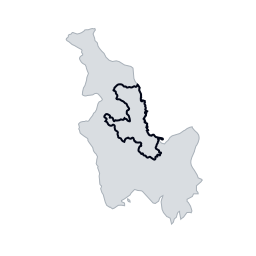 Hamgyŏng-namdo on a map of North Korea (orthographic projection), rotated 291°
{"feature_id": "PRK-3311", "entity_name": "Hamgyŏng-namdo", "entity_type": "Province", "adm_level": 1, "iso_a3": "PRK", "parent_name": "North Korea", "parent_adm1": "", "projection": "orthographic", "projection_center": [127.614, 40.189], "detail": "fine", "context": "in_parent", "style": "outline", "palette": "ink", "viewbox_px": 256, "rotation_deg": 291, "n_neighbors": 0, "source": "natural_earth", "source_scale": "10m", "svg_char_len": 8791}
<svg xmlns="http://www.w3.org/2000/svg" viewBox="0 0 256 256"><g transform="rotate(291 128 128)"><path d="M152.1,187.5L151.2,188.1L149.6,190.9L148.1,194.6L146.7,196.5L145.0,197.6L143.2,198.3L139.7,198.6L136.5,198.3L135.4,197.9L131.0,198.2L129.8,198.4L123.4,198.1L120.1,198.4L118.0,199.1L115.8,200.5L113.9,202.7L112.3,205.1L108.9,209.4L106.6,211.4L106.5,214.5L106.5,215.4L105.6,216.0L105.4,215.7L104.0,215.5L98.6,212.6L94.1,214.3L92.9,216.4L91.7,217.1L90.0,212.8L87.1,212.6L82.6,208.7L80.6,209.5L80.1,211.0L77.4,214.4L73.8,217.2L72.7,217.5L71.4,217.3L71.6,216.5L70.2,213.3L64.7,211.8L62.7,210.4L61.7,210.0L67.2,206.6L68.7,206.0L67.6,205.1L66.5,204.7L62.0,205.1L59.7,203.8L56.3,204.1L53.9,203.1L58.9,199.7L59.2,197.6L59.2,196.0L61.8,191.4L64.4,188.9L70.9,185.4L73.7,185.0L75.7,185.1L77.4,184.8L75.7,183.4L74.0,182.7L70.7,182.8L67.3,180.5L67.0,178.3L74.0,164.3L74.2,163.0L73.2,159.6L73.0,156.2L68.3,154.2L66.2,153.9L60.3,149.9L57.9,147.9L56.9,148.5L56.7,151.5L55.8,152.1L54.2,152.7L53.5,149.2L52.3,146.6L48.3,143.9L47.0,142.5L47.8,139.5L47.4,139.2L48.2,135.8L50.7,133.3L56.9,128.8L58.5,126.7L61.6,124.2L63.0,124.3L64.4,124.1L64.8,123.0L65.2,122.1L66.4,121.4L69.4,120.0L72.7,118.3L75.4,117.8L78.7,115.1L80.0,113.9L81.3,113.9L81.7,113.3L82.5,111.9L83.5,111.0L85.0,110.8L87.3,110.2L90.3,109.8L92.3,107.5L93.0,105.8L94.3,104.0L97.2,102.0L99.1,99.1L101.3,95.8L102.3,94.8L103.3,94.6L103.9,93.4L104.6,90.0L105.6,86.6L106.2,85.1L108.7,83.4L109.3,82.5L109.9,82.3L111.0,82.5L112.5,81.5L113.9,80.4L115.2,80.8L116.6,81.7L117.9,83.6L118.5,85.1L119.6,86.3L119.8,88.1L120.9,88.9L123.2,89.3L127.0,90.5L129.5,90.6L130.9,91.5L133.8,92.0L139.7,91.3L142.1,91.7L143.1,92.8L144.6,93.7L145.6,93.8L146.8,92.2L148.2,89.7L149.1,87.8L149.1,86.3L148.3,84.7L146.3,83.2L145.0,80.8L143.8,78.4L143.1,77.6L142.5,76.4L142.4,74.6L142.8,73.4L145.7,72.6L149.4,72.1L152.4,72.6L157.5,72.2L160.5,71.5L162.8,71.5L164.9,71.5L165.9,70.4L168.7,67.9L170.2,67.0L171.7,65.3L171.9,63.5L172.2,62.1L173.0,60.5L174.5,58.6L175.8,57.7L177.2,57.8L178.8,58.6L179.8,59.5L180.9,59.2L181.8,57.7L182.4,57.4L184.1,57.2L184.6,56.3L185.2,51.9L185.8,48.4L185.9,46.0L187.3,42.0L187.7,39.6L188.6,38.5L189.7,38.5L190.6,39.2L191.7,39.6L193.2,39.1L194.3,39.7L195.0,41.0L197.2,41.8L197.4,42.5L197.5,46.8L198.8,48.8L200.5,50.6L202.8,52.2L204.0,52.5L204.7,53.7L205.5,55.7L207.2,57.7L208.1,59.1L208.3,60.6L209.0,61.4L207.8,62.4L206.1,61.9L203.3,61.7L199.8,64.7L197.8,65.8L196.5,68.8L193.8,70.6L192.3,72.5L190.4,75.8L189.1,78.9L186.2,82.1L184.5,86.2L184.5,89.6L186.5,93.0L186.8,96.0L185.6,102.1L186.5,108.6L185.7,111.2L176.3,115.8L173.9,118.1L170.5,123.9L166.3,126.1L163.7,128.5L160.1,129.9L157.8,134.0L155.2,136.4L152.2,137.8L149.9,139.6L144.7,139.8L141.1,141.0L138.5,144.4L130.7,148.3L129.7,151.2L130.2,155.7L130.2,159.2L129.5,162.0L127.8,161.2L126.9,162.2L125.9,164.8L126.2,167.8L128.8,168.7L131.1,170.0L134.2,170.6L136.5,172.0L141.4,178.3L145.4,181.0L146.4,182.0L148.7,183.4L150.9,185.6L152.1,187.5ZM61.1,155.6L59.6,156.5L59.5,154.7L60.7,153.3L61.9,153.1L61.1,155.6Z" fill="#d9dde1" stroke="#a8b0b8" stroke-width="1"/><path d="M171.8,121.4L171.7,121.7L171.6,122.0L170.7,123.2L169.7,124.5L168.5,124.5L167.1,125.0L165.2,127.1L164.2,128.1L163.4,128.2L163.0,128.6L162.1,128.9L161.7,128.9L161.4,129.3L160.6,129.2L159.7,129.5L159.2,130.2L158.9,130.2L158.9,129.9L158.4,130.1L157.9,130.7L157.9,131.5L158.2,131.7L158.9,132.0L159.0,132.3L159.2,132.6L159.1,133.1L159.2,133.9L158.8,134.0L158.2,134.6L157.7,134.5L157.2,134.4L156.9,134.6L156.0,135.1L155.8,135.6L155.6,135.9L155.2,136.2L154.4,136.2L153.6,137.1L153.2,137.3L152.6,137.5L152.1,137.4L151.4,137.5L150.7,138.5L150.5,139.9L149.8,139.7L149.2,138.6L148.8,138.2L148.1,138.5L147.9,138.9L148.1,139.8L147.8,139.9L147.2,139.8L146.7,140.0L146.2,140.2L146.0,140.3L145.8,140.2L145.6,139.9L142.1,139.3L142.0,139.5L142.0,140.0L141.9,140.2L141.7,140.4L141.4,140.5L141.2,140.6L140.6,141.5L140.4,141.7L140.2,141.8L139.5,141.4L139.1,142.2L139.1,142.8L139.0,144.2L138.7,144.5L136.3,144.8L136.7,145.1L136.6,145.5L135.8,145.9L134.9,145.7L134.1,146.0L133.6,147.1L133.2,147.5L132.8,147.0L132.2,146.6L131.8,147.3L131.4,147.5L130.9,147.8L130.6,148.2L130.2,149.0L129.5,149.5L129.3,149.8L129.3,150.0L129.1,150.5L129.0,150.8L129.0,151.1L129.1,151.6L129.2,152.4L129.3,152.8L129.7,152.9L130.3,153.2L130.8,153.9L130.9,154.6L129.9,156.1L129.5,157.5L129.9,159.8L130.6,163.2L130.6,164.1L130.4,164.4L130.1,164.6L129.8,164.5L129.5,164.1L129.5,163.7L129.6,163.2L130.0,162.2L129.1,160.9L129.0,160.5L128.8,160.1L128.5,160.0L128.2,160.2L127.4,161.0L127.0,160.9L126.8,160.9L126.6,160.9L126.4,160.9L125.7,160.9L124.5,161.1L123.2,160.8L122.3,160.8L121.0,161.0L120.0,160.8L119.8,160.8L119.7,160.9L119.5,161.0L119.3,161.1L119.0,161.3L118.8,161.5L118.7,161.8L118.6,162.1L118.5,163.1L118.3,163.9L118.2,164.5L118.2,164.8L118.1,165.0L117.8,165.2L117.5,165.3L116.8,165.6L116.6,165.7L116.6,166.0L116.6,166.6L116.8,167.1L116.8,167.3L116.8,167.6L116.4,167.8L115.9,167.5L115.6,167.5L115.2,167.4L114.5,167.6L114.3,167.6L114.1,167.5L113.9,167.5L113.8,167.3L113.8,167.1L114.0,166.4L114.0,166.2L114.0,165.9L113.9,165.6L113.7,165.4L113.6,165.2L113.4,165.1L113.2,165.0L112.8,165.0L112.6,165.1L112.2,165.5L111.9,165.6L111.7,165.3L111.6,164.9L111.5,164.6L111.4,164.4L111.2,164.3L111.0,164.1L110.8,164.1L110.5,164.1L110.3,164.1L110.1,164.2L109.2,164.6L108.9,164.6L108.7,164.6L108.3,164.4L108.2,164.2L107.9,163.9L107.9,163.7L107.9,163.3L108.0,162.7L108.5,160.5L108.9,159.4L109.0,159.2L108.9,158.6L108.7,158.4L107.7,157.4L107.5,157.1L107.4,156.9L107.3,156.7L107.4,156.1L107.6,155.5L107.8,155.2L108.0,155.0L108.1,154.8L108.3,154.6L108.4,154.4L108.4,154.0L108.4,153.7L108.1,153.0L108.1,152.7L108.3,152.1L109.4,151.1L109.4,150.9L109.5,150.7L109.4,150.5L109.3,150.4L108.8,150.3L108.7,150.2L108.6,149.7L109.0,149.0L109.4,148.4L109.5,148.2L110.0,146.8L110.1,146.5L110.3,146.2L110.8,145.9L111.1,145.7L112.6,145.4L114.3,145.4L114.7,145.5L115.0,145.6L115.3,145.8L115.8,146.6L116.0,146.7L116.3,146.7L116.5,146.5L116.7,146.3L116.8,146.1L117.0,146.1L118.1,146.0L118.3,145.9L118.6,145.5L118.8,145.2L118.9,144.7L118.8,144.4L118.7,144.1L118.0,142.6L117.9,142.3L117.6,141.0L117.5,140.6L117.5,140.4L117.5,140.2L118.0,139.9L118.2,139.7L118.2,139.4L118.1,139.1L118.1,138.8L118.2,138.6L118.3,138.5L120.2,136.9L120.5,136.6L120.6,136.4L120.6,135.8L120.5,135.6L120.2,135.3L119.3,134.7L119.0,134.5L118.9,134.2L118.8,133.7L118.7,132.7L118.9,132.1L118.9,131.9L119.0,131.7L118.9,131.6L118.9,131.4L118.7,131.2L117.5,130.0L117.3,129.8L116.9,129.6L116.5,129.5L116.1,129.4L113.8,129.5L113.8,129.0L113.8,128.4L113.9,127.8L114.1,127.2L114.6,126.4L115.2,125.7L115.7,125.0L115.7,124.1L115.6,122.8L115.9,122.2L116.5,121.9L117.3,121.4L117.7,121.0L118.1,120.7L118.4,120.5L118.9,120.3L120.1,120.2L120.4,120.0L120.9,119.3L121.3,117.3L121.8,116.5L123.8,115.3L124.9,115.0L125.2,114.8L125.5,114.5L125.7,114.1L125.8,113.7L125.8,113.0L125.5,112.6L124.5,112.1L124.0,111.3L123.8,110.2L124.0,108.9L124.5,108.0L125.8,106.6L126.1,105.8L126.2,104.5L127.3,104.8L128.4,104.9L128.9,104.7L129.1,104.3L129.3,103.7L129.4,103.0L129.8,102.0L130.5,101.7L132.2,102.1L133.1,102.6L133.5,103.4L133.5,104.5L133.3,105.8L133.2,106.3L133.0,106.7L132.7,106.9L132.3,107.1L131.5,107.1L131.2,107.3L131.3,107.7L131.9,108.7L132.0,109.6L131.6,110.4L130.0,111.6L129.7,112.0L129.4,112.4L129.5,112.8L129.8,113.0L130.3,113.1L130.7,113.4L130.8,113.8L130.9,114.8L131.1,115.2L132.1,117.0L132.4,117.4L132.7,117.6L133.0,117.8L133.3,118.0L133.5,118.5L133.7,119.8L133.8,120.3L134.0,120.7L134.3,120.9L134.5,121.0L134.8,121.0L135.7,121.1L136.0,121.2L135.8,121.6L135.6,122.0L135.6,122.3L135.7,122.7L135.7,123.2L135.7,123.6L135.5,123.9L135.0,124.5L134.8,124.9L134.7,125.3L134.7,126.2L134.7,126.8L134.9,127.2L135.2,127.3L135.7,127.1L137.3,126.2L139.7,124.3L140.0,123.8L140.2,123.3L140.4,122.8L140.6,122.3L140.8,121.9L141.2,121.6L143.2,120.9L143.6,120.9L143.9,121.0L144.3,121.2L144.9,121.9L145.7,122.2L146.4,122.1L147.1,121.4L148.1,119.8L148.5,119.4L149.7,118.3L150.0,117.9L150.1,117.5L150.2,116.2L150.4,115.8L150.8,115.1L150.9,114.7L151.1,114.1L151.2,113.5L151.2,112.3L151.3,111.7L151.6,110.6L151.7,110.0L151.5,109.1L151.1,108.1L151.0,107.1L151.4,106.6L152.2,106.6L153.2,106.7L154.1,106.6L154.8,106.2L155.1,105.8L155.6,104.8L155.9,104.4L156.3,104.1L157.3,103.7L157.6,103.4L157.7,103.0L157.8,102.4L157.8,101.8L157.8,101.4L157.9,101.0L158.3,100.9L159.3,101.2L159.6,101.2L160.3,101.0L160.7,101.0L161.0,101.1L163.7,102.3L164.7,102.9L165.4,103.7L166.1,105.3L166.3,106.2L166.3,107.1L166.1,107.7L165.6,108.7L165.3,109.3L165.4,109.8L165.7,110.4L165.9,111.0L165.8,111.4L165.5,111.9L165.4,112.4L165.6,113.0L165.9,113.5L166.4,114.1L166.6,114.4L166.8,114.8L166.8,115.2L166.9,116.1L167.0,116.5L167.3,117.1L167.8,117.6L168.8,118.4L169.2,118.9L169.3,119.4L169.2,119.9L169.2,120.5L169.5,120.9L170.0,121.2L170.4,121.3L171.8,121.4Z" fill="none" stroke="#020617" stroke-width="2"/></g></svg>